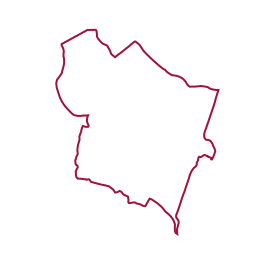 Dang Tong, Kâmpôt, Cambodia, rotated 19°
{"feature_id": "14789045B85539457385801", "entity_name": "Dang Tong", "entity_type": "district", "adm_level": 2, "iso_a3": "KHM", "parent_name": "Cambodia", "parent_adm1": "Kâmpôt", "projection": "natural_earth1", "projection_center": [104.44, 10.699], "detail": "fine", "context": "isolated", "style": "outline", "palette": "rose", "viewbox_px": 256, "rotation_deg": 19, "n_neighbors": 0, "source": "geoboundaries", "source_scale": "gbopen_adm2", "svg_char_len": 4088}
<svg xmlns="http://www.w3.org/2000/svg" viewBox="0 0 256 256"><g transform="rotate(19 128 128)"><path d="M201.1,62.6L200.1,63.1L199.1,63.3L197.6,63.6L195.8,63.9L194.0,64.1L192.6,64.0L192.1,63.9L190.0,63.4L189.0,63.5L188.0,63.6L187.5,63.7L186.4,63.9L185.6,64.1L184.5,64.3L183.1,64.6L182.3,65.0L180.9,65.7L179.1,66.5L178.3,66.8L177.0,67.4L176.1,67.6L174.8,68.1L173.0,68.8L171.7,68.6L170.1,67.7L168.2,66.2L166.9,65.2L164.7,63.9L163.9,63.6L161.7,63.0L159.7,62.8L157.3,62.8L155.7,63.0L154.1,63.4L152.5,63.7L151.6,63.6L150.3,63.3L148.5,62.9L146.1,62.1L143.9,60.8L142.9,60.9L140.7,60.2L138.2,59.3L136.3,58.6L134.7,57.9L132.3,56.9L130.2,56.1L128.5,55.3L127.8,55.0L124.9,53.7L122.8,52.7L120.0,51.3L119.5,51.0L118.3,50.4L117.1,49.6L116.2,49.0L115.2,48.2L113.8,47.1L112.0,45.8L110.1,44.9L107.9,44.2L106.9,43.8L106.2,44.1L105.5,45.1L103.9,47.6L102.3,50.5L100.1,53.8L97.9,57.3L96.1,60.1L94.2,62.8L93.4,64.1L93.0,65.0L92.6,65.3L88.1,63.5L87.5,63.0L87.0,62.3L86.6,61.6L85.9,60.9L85.1,60.1L84.5,59.6L83.8,58.9L82.8,58.2L82.1,57.3L81.1,56.8L79.4,56.7L76.9,56.5L76.4,56.4L75.3,55.9L74.5,55.6L73.4,54.9L72.2,54.2L70.8,53.4L69.8,52.6L69.1,51.8L68.7,51.2L68.5,50.6L68.0,49.2L66.5,46.3L65.5,45.7L57.7,48.5L37.9,70.3L38.5,71.6L40.9,73.9L42.4,76.5L42.8,78.4L43.0,79.2L43.7,81.4L44.7,82.9L45.5,84.6L46.6,87.9L47.0,90.9L47.2,95.1L47.5,97.8L46.6,101.1L45.8,103.8L45.2,105.4L45.4,108.1L45.9,109.9L46.9,111.7L47.3,112.8L51.0,117.8L53.9,121.6L56.1,123.7L56.5,124.1L59.1,126.3L61.7,128.1L64.6,129.7L66.9,130.9L70.1,132.5L72.7,133.4L76.1,133.0L79.0,132.1L81.7,130.8L84.6,129.7L86.1,129.0L86.1,130.9L86.4,133.0L86.9,135.0L88.5,137.0L89.9,138.4L90.0,139.7L88.4,140.5L86.4,140.8L84.7,140.8L84.5,141.9L84.6,145.4L85.0,146.7L84.8,148.1L84.8,152.1L86.0,154.8L86.1,156.6L86.2,160.2L86.8,163.4L87.4,165.6L88.6,168.1L88.9,169.2L88.8,170.5L88.5,172.2L88.8,173.7L88.6,175.5L88.8,176.1L89.0,176.5L90.1,179.0L91.4,179.9L92.4,180.0L93.3,181.6L92.9,184.0L92.7,186.0L94.1,189.5L95.3,191.3L96.7,192.2L100.5,191.2L102.8,190.8L104.8,190.2L105.6,190.5L106.8,189.6L107.7,189.2L108.7,189.7L110.7,191.0L113.2,190.8L117.7,190.5L121.1,190.2L124.5,189.7L126.5,189.6L129.0,189.3L131.3,190.1L133.9,191.0L135.2,191.9L136.9,193.2L137.4,193.0L138.3,192.5L139.5,191.4L140.5,190.3L141.8,190.3L143.4,191.1L144.9,192.0L146.6,192.6L149.1,192.7L150.4,192.9L150.8,193.9L151.7,195.4L152.1,196.4L152.3,197.8L153.1,198.6L153.6,198.6L155.4,197.7L157.4,196.6L159.4,196.1L160.6,196.6L162.3,196.3L163.9,196.2L165.9,196.4L167.7,196.7L169.5,196.5L170.0,195.6L170.5,192.8L170.7,191.5L171.1,189.4L171.5,187.8L174.0,187.9L176.3,188.5L178.4,189.1L180.2,189.5L182.1,190.3L184.6,191.3L185.9,191.9L188.8,193.6L190.1,194.7L191.5,195.2L193.7,196.0L194.7,196.4L197.0,197.5L199.2,198.9L201.3,200.7L203.7,203.7L204.6,206.6L205.9,210.3L207.3,211.7L209.1,212.2L208.7,211.3L208.1,209.8L207.6,208.7L207.3,207.5L207.2,206.5L207.1,204.7L207.0,203.2L206.8,201.3L206.2,199.7L205.5,198.8L204.1,197.9L202.8,196.9L202.3,196.2L201.9,194.6L202.0,192.5L202.1,189.4L202.1,186.4L202.0,183.6L202.0,180.6L201.9,177.5L201.9,175.2L202.0,172.4L202.0,170.8L202.1,168.6L202.0,166.1L202.0,164.1L202.0,162.1L202.0,160.9L202.0,159.7L202.0,158.3L202.0,156.6L201.9,154.5L201.8,152.8L201.8,151.9L201.9,150.2L202.0,149.4L202.1,148.8L202.2,147.9L202.4,147.2L202.6,146.5L202.8,145.7L203.1,144.8L203.5,143.9L204.6,142.3L205.0,140.6L204.9,139.9L204.3,138.7L204.5,137.2L204.6,136.7L204.7,135.9L204.7,135.3L204.5,134.4L204.3,133.8L204.4,133.1L204.4,132.5L204.7,132.0L205.5,132.0L206.0,131.9L206.5,131.6L206.8,131.2L207.3,130.7L207.7,130.0L208.0,129.6L208.5,129.0L209.1,128.6L209.9,128.5L211.0,128.7L211.7,128.8L212.3,128.5L212.9,129.1L213.3,129.3L213.8,129.0L214.4,129.0L215.0,129.1L215.7,129.2L216.2,129.2L216.6,129.8L216.8,130.5L217.6,130.4L217.7,129.7L217.9,128.5L218.1,126.3L218.1,124.3L218.0,121.1L216.5,119.4L214.3,117.1L212.9,115.3L210.2,113.4L207.8,113.1L205.7,113.7L204.3,113.0L203.2,112.0L202.1,109.3L201.8,106.5L201.9,102.8L201.9,96.2L201.9,93.7L201.8,79.0L201.8,77.8L201.7,75.3L201.5,73.0L201.3,70.3L201.3,67.3L201.2,66.4L201.2,64.6L201.1,62.6Z" fill="none" stroke="#9f1239" stroke-width="2"/></g></svg>